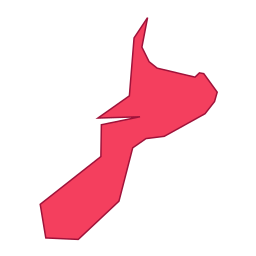 Kalawao, Hawaii, United States of America (Albers equal-area conic projection), rotated 88°
{"feature_id": "52423323B8965190317075", "entity_name": "Kalawao", "entity_type": "district", "adm_level": 2, "iso_a3": "USA", "parent_name": "United States of America", "parent_adm1": "Hawaii", "projection": "albers", "projection_center": [-156.961, 21.174], "detail": "fine", "context": "isolated", "style": "filled", "palette": "rose", "viewbox_px": 256, "rotation_deg": 88, "n_neighbors": 0, "source": "geoboundaries", "source_scale": "gbopen_adm2", "svg_char_len": 440}
<svg xmlns="http://www.w3.org/2000/svg" viewBox="0 0 256 256"><g transform="rotate(88 128 128)"><path d="M200.8,139.6L148.0,124.0L139.2,110.4L137.6,92.1L116.4,50.5L104.6,40.6L95.3,37.6L76.3,50.4L75.4,54.7L79.5,59.3L69.2,96.8L62.5,104.6L47.7,111.3L18.4,104.6L38.2,118.8L95.9,125.5L117.0,157.7L117.2,115.6L123.8,154.5L155.6,156.1L201.2,218.4L235.0,214.0L237.6,181.6L200.8,139.6Z" fill="#f43f5e" stroke="#9f1239" stroke-width="1.5"/></g></svg>